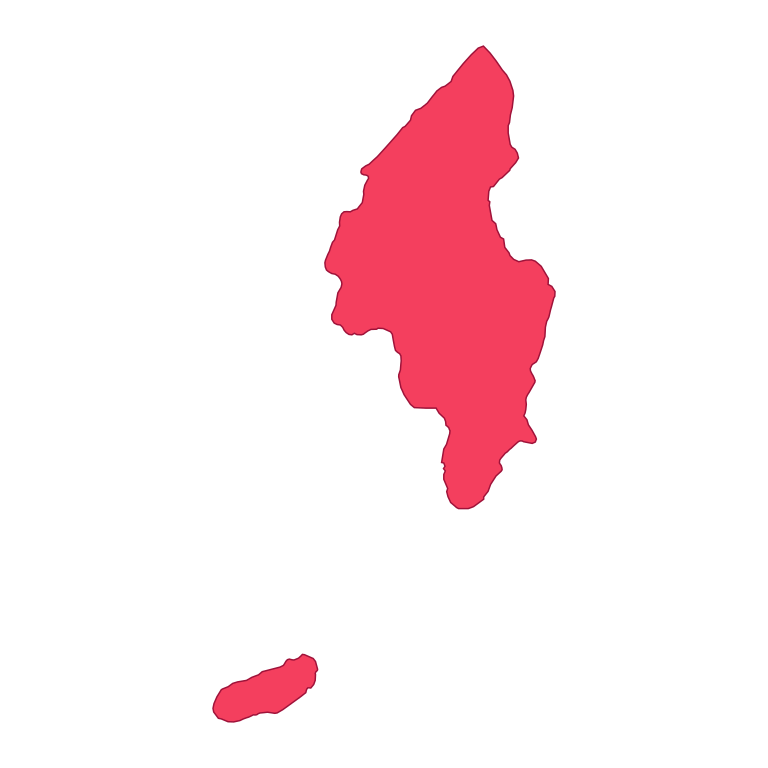 the district of Tinian, Tinian, Northern Mariana Islands
{"feature_id": "39175420B24162802066299", "entity_name": "Tinian", "entity_type": "district", "adm_level": 2, "iso_a3": "MNP", "parent_name": "Northern Mariana Islands", "parent_adm1": "Tinian", "projection": "albers", "projection_center": [145.616, 14.971], "detail": "fine", "context": "isolated", "style": "filled", "palette": "rose", "viewbox_px": 768, "rotation_deg": 0, "n_neighbors": 0, "source": "geoboundaries", "source_scale": "gbopen_adm2", "svg_char_len": 4311}
<svg xmlns="http://www.w3.org/2000/svg" viewBox="0 0 768 768"><path d="M324.9,262.8L325.3,267.0L326.5,270.0L328.4,271.6L329.6,272.3L331.7,273.5L335.2,274.2L338.2,276.2L340.2,278.8L341.5,281.5L341.9,283.9L341.1,287.4L337.9,292.8L336.2,302.2L336.0,305.3L331.8,314.7L331.8,319.3L334.2,323.1L337.1,324.5L340.4,325.0L342.7,327.3L344.2,330.3L346.2,332.6L348.9,334.4L351.9,334.8L352.7,334.3L354.4,333.3L356.9,334.6L361.3,334.8L363.4,334.2L364.8,333.1L367.9,330.9L371.0,329.4L376.6,329.2L378.0,328.2L383.2,328.5L390.6,331.8L392.3,334.3L393.0,338.4L393.3,340.2L394.5,346.6L395.5,350.4L397.5,352.3L399.7,353.7L400.9,355.9L401.2,360.8L400.9,363.8L400.4,370.0L399.4,372.9L398.8,374.6L398.7,376.9L399.2,379.1L400.9,387.6L402.4,390.8L404.1,394.7L410.5,404.4L414.3,407.6L425.7,408.1L426.2,408.1L436.1,408.1L439.1,413.2L444.4,418.2L445.6,421.5L446.0,425.3L447.6,426.5L448.9,428.0L449.4,429.6L450.0,430.7L449.7,433.7L446.5,444.4L443.8,449.0L441.6,462.5L443.8,463.0L445.0,466.3L443.5,468.6L445.3,470.9L443.8,474.5L443.8,479.3L447.7,488.5L446.7,491.6L448.0,496.7L450.7,502.5L456.0,507.0L456.3,507.4L458.6,508.6L468.2,508.6L471.3,507.5L473.6,506.6L483.7,499.2L483.7,496.9L488.1,491.3L490.6,484.4L496.0,476.0L501.2,471.2L502.1,469.8L501.9,467.9L501.2,465.7L499.4,463.0L499.7,460.1L500.3,459.2L500.9,458.3L504.4,454.2L505.1,453.3L507.3,451.8L509.5,449.5L511.2,448.2L511.7,447.7L513.8,445.7L517.7,442.2L518.7,441.5L519.5,441.1L520.4,440.9L521.2,440.9L522.5,441.1L523.5,441.7L532.2,443.4L534.3,442.5L535.3,442.0L536.4,439.1L535.6,436.8L532.2,430.6L531.9,430.1L528.4,424.8L526.9,419.7L524.0,416.1L523.8,415.9L523.9,415.7L525.1,412.9L525.8,409.5L526.3,404.4L525.8,399.9L526.3,397.3L527.6,394.7L529.2,392.2L531.6,388.0L534.9,382.2L535.1,380.5L534.5,379.2L533.9,377.5L533.0,375.6L531.8,373.6L531.7,373.4L530.5,370.9L530.2,368.6L531.2,366.4L532.2,364.5L534.1,363.3L536.3,361.8L538.2,358.4L539.9,353.4L541.5,348.6L542.7,344.9L543.6,340.5L544.9,336.6L545.4,327.2L546.7,321.3L548.0,318.9L548.9,316.9L549.6,313.9L550.6,309.6L551.3,307.3L553.8,297.9L554.8,296.3L555.0,291.5L551.8,286.4L548.1,284.4L548.4,278.5L541.2,266.3L535.3,261.2L531.6,259.9L526.0,260.1L518.8,261.7L513.7,259.4L510.0,255.6L509.0,252.8L504.8,247.4L503.6,239.0L500.4,237.2L496.9,229.6L496.3,226.4L495.7,223.7L492.0,220.4L489.3,205.4L489.8,201.8L488.1,200.3L488.8,191.3L490.5,187.0L493.5,186.5L499.4,179.1L502.1,177.6L509.7,170.4L510.2,168.7L515.7,162.6L518.5,158.0L517.3,153.1L515.1,149.3L511.8,147.2L510.2,144.4L508.2,133.0L508.2,125.6L509.5,122.5L510.4,114.9L512.2,107.7L513.6,96.0L512.9,90.4L509.9,81.2L506.5,74.9L502.3,70.0L496.2,61.1L490.0,53.0L483.4,46.1L478.2,48.1L474.9,51.3L471.3,54.7L463.2,63.7L458.8,69.1L452.9,76.4L451.1,81.5L445.2,86.1L444.4,86.4L442.3,87.1L441.5,87.4L436.9,90.9L434.0,94.6L432.5,96.4L427.3,103.2L420.9,108.3L415.5,110.3L411.5,115.7L410.5,120.2L405.1,126.4L402.7,127.6L397.2,134.5L385.4,147.8L377.3,156.7L373.1,160.5L369.2,164.2L365.7,165.9L363.1,167.8L361.8,168.8L361.3,170.2L360.9,172.1L361.5,173.7L363.8,174.8L365.7,175.0L366.5,175.3L367.1,175.5L368.3,176.4L368.5,178.5L367.2,180.6L364.8,185.2L363.5,191.3L363.8,194.4L362.3,202.6L358.4,207.5L357.7,208.5L357.4,208.9L353.4,210.2L353.2,210.2L350.3,211.8L346.9,211.6L344.0,211.8L341.6,213.9L340.3,216.9L339.5,222.2L339.7,226.0L337.7,229.8L334.5,240.0L332.5,242.3L330.5,247.7L330.5,247.8L329.5,251.1L327.8,254.5L326.4,258.0L325.5,260.2L324.9,262.8ZM213.0,708.4L213.7,712.0L218.4,718.3L221.3,718.9L228.0,721.7L233.7,721.9L235.1,721.6L239.8,720.6L243.4,718.9L246.4,717.8L248.7,717.1L251.5,715.8L252.6,715.2L253.6,714.8L255.0,715.0L256.8,714.7L258.2,713.7L259.9,713.0L264.0,712.6L267.5,712.2L274.8,713.3L276.7,713.0L277.0,713.0L282.7,709.7L300.9,696.5L305.8,692.6L306.2,690.9L306.7,689.2L307.4,688.4L307.6,688.0L308.3,687.8L309.3,687.8L310.3,688.0L310.8,688.0L313.7,684.5L315.2,680.4L315.5,674.5L315.2,673.5L315.6,672.5L315.8,671.9L316.7,671.1L317.4,670.3L317.6,669.3L315.5,661.5L313.2,658.5L304.5,654.7L302.4,654.4L300.9,656.0L298.5,658.2L294.0,660.0L292.1,659.8L289.3,659.1L287.4,659.7L286.0,661.2L284.1,664.4L283.4,665.4L283.0,665.6L282.6,665.8L280.0,667.1L274.6,668.5L262.2,671.7L258.6,674.8L251.9,677.3L246.5,680.4L237.6,681.9L232.7,683.4L230.0,685.4L228.2,686.7L224.2,688.3L222.7,688.9L221.3,689.7L216.9,696.9L214.0,703.6L213.0,708.4Z" fill="#f43f5e" stroke="#9f1239" stroke-width="1.5"/></svg>